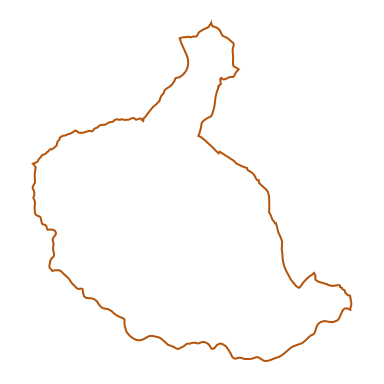 outline of Guateque, Boyacá, Colombia
{"feature_id": "7082276B31731759367156", "entity_name": "Guateque", "entity_type": "district", "adm_level": 2, "iso_a3": "COL", "parent_name": "Colombia", "parent_adm1": "Boyacá", "projection": "mercator", "projection_center": [-73.483, 5.023], "detail": "fine", "context": "isolated", "style": "outline", "palette": "amber", "viewbox_px": 384, "rotation_deg": 0, "n_neighbors": 0, "source": "geoboundaries", "source_scale": "gbopen_adm2", "svg_char_len": 5906}
<svg xmlns="http://www.w3.org/2000/svg" viewBox="0 0 384 384"><path d="M238.6,69.4L236.6,67.9L234.0,66.6L233.4,65.9L233.1,64.7L233.0,63.0L233.1,56.3L232.6,50.7L232.7,49.0L233.8,45.0L233.5,43.5L232.8,42.7L227.6,38.2L223.1,36.0L222.4,35.5L221.4,33.8L220.2,30.9L219.0,29.4L216.5,27.5L215.1,27.0L213.2,26.5L212.7,26.2L211.6,24.8L211.2,23.0L211.0,23.6L210.0,24.5L209.4,25.8L208.7,26.7L207.7,27.5L203.3,29.5L199.4,31.9L198.6,32.8L197.1,35.6L196.6,36.2L195.7,36.6L193.2,36.5L191.5,37.1L190.4,37.2L187.4,36.7L186.1,37.3L183.8,37.1L179.7,38.2L181.0,42.4L186.0,53.6L187.6,57.8L188.0,60.0L188.2,62.5L188.1,64.2L187.9,65.9L187.0,68.8L186.2,70.5L185.3,72.0L182.6,75.0L179.8,77.0L178.8,77.5L178.0,77.6L177.2,77.6L175.9,78.0L175.3,78.6L175.0,79.2L174.5,81.0L173.1,82.9L172.1,84.6L171.3,85.0L170.7,85.7L169.3,86.9L166.2,88.8L165.0,89.9L164.4,90.7L163.8,92.8L163.6,93.3L161.7,95.4L160.9,96.7L160.0,99.0L159.4,101.1L158.6,101.8L156.3,104.3L153.1,106.9L149.2,111.6L148.1,113.3L147.6,113.6L145.0,117.3L143.5,118.4L143.5,120.0L143.2,121.0L141.8,119.9L141.5,119.2L140.9,118.6L140.0,118.5L136.2,119.7L135.7,119.6L134.2,118.2L133.6,118.0L131.9,118.2L129.2,119.5L128.3,119.7L124.6,119.9L123.2,119.7L122.3,119.3L121.8,119.2L121.0,119.4L120.3,119.8L119.3,119.8L117.7,119.4L116.7,119.3L115.6,119.6L114.6,120.1L112.8,121.7L112.0,121.9L109.0,122.4L106.5,124.0L104.7,124.8L101.4,124.9L100.1,125.3L99.0,125.9L97.5,127.5L95.2,128.3L94.3,128.9L92.6,131.1L91.8,131.3L89.4,130.8L84.1,132.4L81.8,132.9L78.9,132.6L78.1,132.3L77.5,131.8L77.0,131.1L76.4,130.8L75.5,130.6L74.6,130.8L73.5,131.9L70.2,133.7L68.2,134.2L65.4,135.4L63.2,135.7L61.5,136.5L59.9,137.7L59.6,138.2L59.6,139.2L59.4,139.6L58.0,141.0L57.6,141.5L56.9,144.1L56.8,144.9L56.6,145.5L55.4,146.6L54.2,147.7L51.8,149.4L51.3,149.4L50.8,149.1L50.1,149.3L49.3,150.0L48.1,151.6L46.9,152.2L45.7,153.7L44.9,154.1L42.5,155.0L41.7,155.6L40.6,157.4L39.4,158.4L38.7,159.2L37.8,161.1L37.3,161.7L35.6,162.7L32.9,163.7L34.4,165.3L35.7,167.6L35.0,171.5L34.7,175.2L35.0,182.7L33.5,185.1L32.7,186.9L32.7,188.2L33.8,190.5L34.4,193.2L34.2,195.0L33.3,198.0L34.8,200.9L35.0,203.6L34.6,206.9L34.9,213.1L35.8,214.6L37.6,215.9L39.3,216.3L40.0,216.7L40.6,217.6L41.9,223.5L42.7,224.3L44.5,224.8L45.7,225.3L46.4,226.2L47.1,228.9L47.8,229.8L49.4,229.5L53.3,229.8L55.0,230.9L55.8,232.4L56.0,233.7L55.2,235.1L53.6,237.3L52.8,238.9L52.7,240.1L53.6,244.1L53.1,247.3L53.1,249.5L54.1,254.0L54.0,255.2L53.6,256.6L52.1,257.9L51.1,259.1L50.0,261.9L50.0,263.2L49.5,264.8L49.4,266.4L49.7,268.0L51.1,269.4L52.4,271.1L53.5,270.6L54.9,270.3L58.8,270.2L61.0,271.2L64.8,275.0L68.7,278.5L71.7,283.0L76.6,288.0L78.4,289.1L80.1,288.6L81.2,288.6L82.5,289.0L82.8,290.3L83.3,293.8L84.0,296.1L85.4,297.4L86.6,298.0L92.6,298.5L94.7,299.5L96.9,301.3L99.7,305.6L101.6,307.4L103.3,308.3L105.9,308.8L108.1,309.1L111.7,311.2L114.0,313.4L116.8,315.4L119.9,317.0L122.8,318.2L124.3,319.1L124.6,320.3L124.4,323.0L124.8,326.0L125.8,329.6L126.7,332.2L130.1,336.2L133.0,338.2L136.1,339.9L138.8,340.3L141.1,340.1L144.2,338.9L148.0,336.6L149.8,336.0L152.3,335.9L159.0,337.4L161.6,339.0L167.9,344.7L174.1,347.1L176.0,348.3L177.6,349.0L179.0,348.7L181.4,347.4L183.5,346.4L185.3,345.1L186.2,344.1L187.7,343.6L190.0,343.7L191.5,343.1L193.1,342.7L195.2,342.8L197.1,343.3L198.8,343.3L202.4,341.9L204.2,342.0L206.4,342.8L208.1,343.9L209.4,345.3L211.2,348.4L212.7,348.9L214.4,348.2L216.8,345.1L218.7,344.1L220.7,343.5L223.0,344.4L225.7,346.1L227.6,348.5L231.0,354.0L231.6,355.8L232.9,357.6L234.4,358.5L235.6,358.7L237.4,358.0L239.5,357.7L241.6,358.0L243.6,358.8L246.0,359.0L249.4,359.0L252.3,358.6L255.0,357.6L257.0,357.1L258.5,357.4L263.8,360.7L265.7,361.0L267.5,360.8L269.4,360.4L275.3,358.1L278.9,356.9L281.8,355.3L284.5,353.2L290.9,347.7L292.6,346.7L297.4,344.8L301.1,343.5L303.2,342.4L305.2,340.7L308.2,337.7L310.9,335.4L312.9,334.6L314.5,333.1L315.8,329.4L316.4,327.2L317.5,324.9L319.1,323.1L320.5,322.2L323.8,321.1L325.5,321.1L328.4,321.8L331.4,322.1L333.2,322.0L336.9,320.6L338.2,319.6L339.3,318.0L341.7,312.4L342.9,310.2L343.9,309.1L344.9,308.5L347.0,308.3L350.4,309.8L350.4,308.1L351.3,304.8L351.3,302.6L350.7,300.9L350.9,299.7L350.2,297.7L350.3,296.3L350.1,295.8L349.8,295.5L349.2,295.3L348.4,295.4L347.7,295.2L346.1,293.3L345.5,293.0L345.1,292.6L345.0,291.1L344.8,290.7L343.9,289.9L342.6,289.3L342.2,289.0L342.1,288.2L341.9,287.8L341.5,287.5L340.1,287.2L339.8,285.6L339.5,285.3L338.9,285.1L336.0,285.4L334.8,285.6L333.7,286.1L332.3,285.7L331.0,285.8L329.6,285.2L328.7,285.2L327.9,284.9L326.7,284.0L324.6,283.6L323.1,283.0L320.3,282.3L318.3,281.6L316.3,280.4L315.5,279.6L315.3,279.0L315.6,277.8L315.3,277.5L315.2,277.0L315.4,275.4L314.0,272.9L312.1,274.7L309.7,276.2L306.3,279.2L302.9,283.0L301.6,285.0L300.4,286.6L299.1,287.8L298.9,287.8L296.4,286.3L294.7,284.4L293.6,282.8L291.9,281.0L290.6,279.1L286.0,270.5L284.1,265.9L282.8,260.0L282.3,253.3L281.7,248.9L282.0,245.5L281.9,244.0L282.2,242.0L281.9,241.1L281.1,238.5L278.1,231.7L277.3,228.0L275.8,223.0L275.0,223.3L273.9,221.4L272.4,219.7L270.8,215.4L269.7,213.2L269.0,212.5L269.3,208.8L269.3,206.0L269.2,202.3L269.2,198.5L269.0,196.3L268.7,194.8L267.7,191.6L267.0,190.6L266.1,189.5L263.3,186.9L262.4,186.2L260.5,184.3L258.9,182.8L258.9,180.3L257.9,180.3L257.0,179.9L255.7,178.2L255.2,176.7L254.4,175.3L252.9,173.5L249.5,171.1L247.9,170.3L247.4,169.5L246.9,167.9L245.0,167.4L242.6,166.5L236.5,163.6L235.7,162.9L235.0,161.9L233.4,160.5L219.7,151.7L218.7,153.3L214.9,149.9L212.8,147.4L207.1,142.4L206.1,141.2L201.0,137.1L198.3,135.9L199.4,133.3L200.7,128.8L201.7,123.2L202.2,122.3L203.5,120.8L206.4,118.7L208.1,117.7L209.7,117.0L211.2,116.2L211.9,114.9L213.8,109.1L214.1,107.2L214.5,105.8L215.6,96.5L216.1,94.8L216.9,91.6L218.0,88.8L218.2,87.1L218.8,86.6L218.6,85.7L220.1,84.7L220.9,83.8L220.5,82.3L220.3,78.8L221.0,78.0L221.3,77.9L221.6,78.1L222.8,79.3L223.5,79.4L225.3,79.1L229.4,77.2L230.1,77.0L233.1,77.0L234.1,76.1L236.0,72.3L238.6,69.4Z" fill="none" stroke="#b45309" stroke-width="2"/></svg>